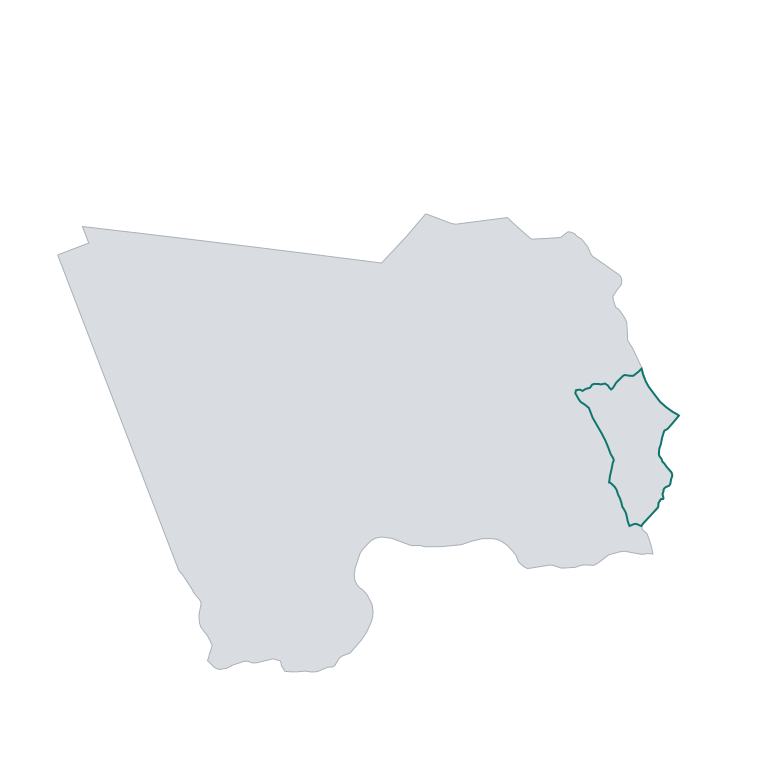 Ghadamis on a map of Libya (Mercator projection), rotated 159°
{"feature_id": "LBY-2882", "entity_name": "Ghadamis", "entity_type": "Municipality", "adm_level": 1, "iso_a3": "LBY", "parent_name": "Libya", "parent_adm1": "", "projection": "mercator", "projection_center": [10.859, 30.473], "detail": "fine", "context": "in_parent", "style": "outline", "palette": "teal", "viewbox_px": 768, "rotation_deg": 159, "n_neighbors": 0, "source": "natural_earth", "source_scale": "10m", "svg_char_len": 4776}
<svg xmlns="http://www.w3.org/2000/svg" viewBox="0 0 768 768"><g transform="rotate(159 384 384)"><path d="M127.7,244.5L131.7,242.4L137.3,240.1L140.2,238.4L141.5,236.9L145.7,230.9L147.9,227.6L150.9,223.1L152.2,219.9L152.3,217.0L151.8,213.4L149.5,204.9L147.5,196.6L149.0,193.4L150.2,191.9L152.8,188.0L153.9,187.2L159.5,186.0L161.8,183.4L163.5,180.1L164.0,178.4L166.4,176.6L169.4,174.8L171.2,172.5L177.2,168.8L182.6,165.5L188.9,162.0L193.8,159.3L194.8,157.0L194.8,155.0L192.1,150.3L192.1,144.8L192.3,140.2L192.5,137.5L193.7,130.0L193.8,128.9L198.9,131.4L204.1,132.4L219.6,141.8L224.5,142.9L235.4,144.0L248.2,140.2L253.0,139.5L261.4,143.1L265.1,144.1L271.4,144.4L282.0,147.7L284.8,148.8L291.0,154.0L293.9,155.5L316.0,160.2L319.0,163.4L322.1,169.3L322.2,176.8L323.9,182.1L326.7,189.1L330.0,194.0L333.6,198.1L337.9,200.6L347.5,204.4L358.4,205.8L369.5,206.3L388.4,211.5L404.4,217.5L408.3,220.4L416.4,223.3L432.3,237.3L441.2,242.1L447.4,243.1L453.0,242.2L462.9,237.4L467.0,234.5L477.0,222.4L480.3,216.1L481.6,211.6L481.3,207.1L480.0,203.0L477.3,198.7L475.3,193.0L474.1,182.8L475.7,175.7L477.6,171.4L480.6,167.0L488.9,158.7L497.3,152.8L512.0,145.0L520.5,145.0L524.0,144.1L531.1,138.6L533.9,138.4L537.8,139.8L549.4,139.4L554.5,140.9L560.6,144.3L568.3,146.4L573.7,148.5L579.5,151.3L580.8,158.0L580.1,160.0L580.0,162.6L586.0,167.2L603.0,169.4L606.4,170.6L611.0,174.2L614.1,175.3L625.7,175.8L632.5,175.0L639.0,176.2L641.4,177.4L643.9,180.2L646.9,186.9L648.0,189.1L646.8,190.2L644.9,192.6L643.8,194.6L640.7,198.0L638.1,201.6L638.4,206.9L639.0,212.3L640.7,217.5L642.2,223.3L641.8,227.1L640.5,231.8L639.0,235.7L633.9,243.7L633.2,245.6L633.4,248.2L636.5,257.7L636.7,260.6L638.6,269.8L640.2,277.2L642.1,283.0L642.4,284.6L642.4,293.2L642.4,301.7L642.4,310.2L642.4,318.7L642.4,327.2L642.4,335.7L642.4,344.1L642.4,352.5L642.4,360.9L642.4,369.3L642.4,377.7L642.4,386.1L642.4,394.4L642.4,402.7L642.4,411.1L642.4,419.4L642.4,427.6L642.4,435.9L642.4,444.2L642.4,452.4L642.4,460.6L642.4,468.8L642.4,477.0L642.4,485.2L642.4,493.3L642.4,501.5L642.4,509.6L642.4,517.8L642.4,525.9L642.4,534.0L642.4,542.0L642.4,550.1L642.4,568.0L642.4,585.8L642.4,603.5L642.4,621.2L642.2,621.2L642.1,621.3L641.9,621.4L633.7,621.4L625.5,621.4L617.3,621.4L609.1,621.4L609.1,625.8L609.1,630.3L609.1,634.7L609.1,639.1L593.1,630.7L577.2,622.3L561.2,614.0L545.3,605.6L529.4,597.2L513.4,588.7L497.5,580.3L481.5,571.8L465.6,563.4L449.6,554.9L433.7,546.4L417.7,537.9L401.8,529.4L385.8,520.8L369.9,512.3L353.9,503.7L342.9,497.8L331.0,503.6L321.7,508.1L309.4,514.1L295.4,521.8L284.5,527.7L284.0,527.7L283.5,527.5L272.3,517.5L263.5,509.6L259.6,507.4L243.0,503.4L226.6,499.4L209.2,495.2L206.1,488.7L202.5,481.5L197.8,472.5L194.9,467.0L193.9,466.2L180.6,461.8L166.5,457.5L158.3,460.1L156.9,459.9L154.5,458.3L152.2,456.0L151.0,452.9L147.7,448.7L144.6,439.2L144.3,431.5L143.7,428.8L136.4,418.1L129.8,408.2L125.3,401.7L124.5,398.7L125.0,395.1L126.8,391.8L133.2,387.9L139.0,383.7L139.8,380.7L140.2,372.6L138.3,370.1L136.9,365.3L135.5,358.8L135.3,354.6L137.9,346.2L140.9,337.5L139.0,327.8L137.6,308.3L138.5,292.8L137.7,287.2L137.2,284.8L135.2,277.5L132.8,269.9L131.7,267.3L128.6,261.1L123.4,253.5L120.7,248.9L124.4,246.4L127.7,244.5Z" fill="#d9dde1" stroke="#a8b0b8" stroke-width="1"/><path d="M166.5,177.3L167.1,177.1L168.2,176.2L169.4,175.4L170.5,174.4L171.9,171.2L172.8,170.3L183.1,165.3L191.8,161.1L194.1,159.6L194.5,159.2L194.8,159.3L196.7,161.1L198.4,162.9L200.3,163.6L205.7,163.5L205.7,168.2L205.0,172.2L204.4,177.1L204.9,181.3L205.5,184.2L204.9,188.1L204.7,192.8L205.1,196.7L204.8,201.6L205.4,205.0L206.8,208.2L208.5,211.3L209.1,211.5L205.9,217.3L201.4,224.0L198.7,228.4L196.9,230.2L196.6,232.4L197.5,237.4L197.4,244.2L197.6,252.0L198.6,260.6L200.0,269.4L201.3,277.6L201.3,288.2L203.9,292.8L206.9,296.9L207.7,300.1L208.7,306.9L208.6,307.0L208.0,307.9L206.9,309.4L203.2,308.6L201.1,306.4L197.7,307.1L196.5,307.1L193.4,306.6L192.1,307.3L189.9,308.8L187.8,308.8L183.4,307.0L181.8,305.9L177.5,305.2L175.5,302.4L174.9,299.6L174.0,297.5L172.1,298.1L169.7,299.7L169.1,300.2L167.2,301.8L164.2,303.2L161.3,304.4L158.4,305.8L156.2,306.2L151.4,303.5L148.3,302.3L146.8,302.8L143.8,303.7L141.1,304.6L139.4,305.5L138.0,306.0L138.8,299.7L138.7,292.5L137.9,286.7L135.3,277.5L132.6,268.3L128.7,260.9L124.5,254.5L122.7,252.4L120.7,250.1L120.0,248.8L127.7,244.5L135.2,240.5L136.1,240.3L138.6,240.1L139.4,239.6L143.6,234.2L147.1,228.6L150.1,225.1L152.2,220.8L152.7,219.2L152.7,217.9L151.9,215.2L151.7,213.8L151.9,212.4L151.9,211.6L150.8,209.4L149.8,205.3L147.3,198.6L147.2,198.0L147.6,195.4L148.1,194.5L150.2,192.1L152.5,188.1L154.2,186.8L157.9,186.8L159.8,186.1L160.3,185.6L160.8,185.1L161.2,184.6L161.8,183.2L163.2,181.9L163.6,180.6L163.9,177.4L164.6,176.6L165.3,176.7L165.9,177.1L166.5,177.3Z" fill="none" stroke="#0f766e" stroke-width="2"/></g></svg>